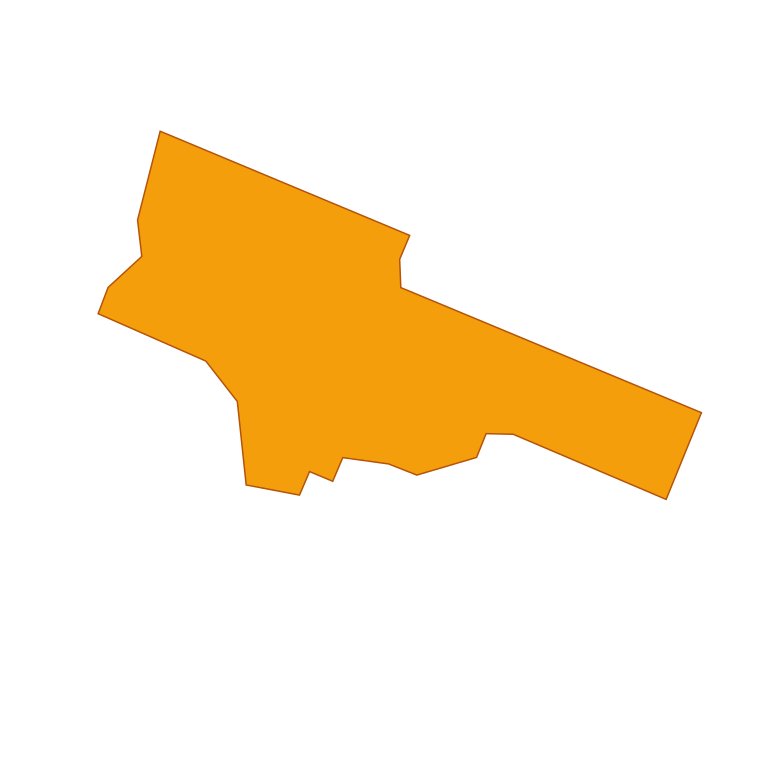 Carson City, Nevada, United States of America (Equal Earth projection), rotated 203°
{"feature_id": "52423323B56251326205746", "entity_name": "Carson City", "entity_type": "district", "adm_level": 2, "iso_a3": "USA", "parent_name": "United States of America", "parent_adm1": "Nevada", "projection": "equal_earth", "projection_center": [-119.737, 39.168], "detail": "fine", "context": "isolated", "style": "filled", "palette": "amber", "viewbox_px": 768, "rotation_deg": 203, "n_neighbors": 0, "source": "geoboundaries", "source_scale": "gbopen_adm2", "svg_char_len": 445}
<svg xmlns="http://www.w3.org/2000/svg" viewBox="0 0 768 768"><g transform="rotate(203 384 384)"><path d="M688.8,529.2L674.9,438.6L656.8,406.8L675.7,365.1L674.6,337.0L557.0,335.5L512.2,310.6L471.4,237.2L418.4,248.7L418.3,274.3L393.2,274.4L393.2,300.1L348.6,312.2L318.2,313.0L270.1,352.6L270.6,378.2L245.5,388.2L79.2,388.0L80.6,481.6L406.2,479.3L418.3,504.9L418.4,530.8L688.8,529.2Z" fill="#f59e0b" stroke="#b45309" stroke-width="1.5"/></g></svg>